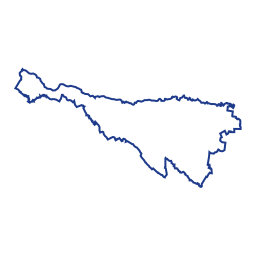 outline of Omealca, Veracruz, Mexico
{"feature_id": "50627088B94853796766823", "entity_name": "Omealca", "entity_type": "district", "adm_level": 2, "iso_a3": "MEX", "parent_name": "Mexico", "parent_adm1": "Veracruz", "projection": "natural_earth1", "projection_center": [-96.739, 18.709], "detail": "fine", "context": "isolated", "style": "outline", "palette": "blue", "viewbox_px": 256, "rotation_deg": 0, "n_neighbors": 0, "source": "geoboundaries", "source_scale": "gbopen_adm2", "svg_char_len": 5754}
<svg xmlns="http://www.w3.org/2000/svg" viewBox="0 0 256 256"><path d="M201.0,186.9L201.8,186.4L201.7,184.1L206.1,176.8L206.4,177.1L207.0,177.1L208.3,174.6L209.7,172.7L210.7,173.2L211.8,173.3L211.5,169.6L211.2,168.6L210.9,168.4L210.8,168.9L208.7,167.9L209.8,166.1L208.6,165.5L209.1,164.7L207.7,164.6L209.1,156.3L209.4,152.1L210.7,153.2L213.9,153.6L214.8,152.4L216.1,152.2L217.4,151.4L217.6,150.5L218.3,149.5L219.4,150.2L220.1,150.9L221.5,151.2L222.7,151.2L224.5,150.1L225.4,142.7L222.1,142.2L221.0,141.4L220.1,140.3L220.7,137.8L221.8,137.2L220.2,133.5L224.8,130.8L226.5,134.5L228.0,133.6L228.9,131.3L229.8,131.3L229.8,131.7L230.9,131.7L230.8,132.1L234.3,132.1L234.2,128.9L240.6,129.0L240.6,126.9L240.1,126.5L239.9,124.5L240.3,124.4L240.3,120.5L240.0,120.0L238.6,118.8L237.7,119.3L237.1,119.1L237.0,118.5L236.7,118.3L235.8,118.0L235.9,116.9L234.4,116.5L232.7,116.5L232.2,116.1L232.8,111.4L227.4,110.5L227.8,106.6L229.4,106.4L229.5,105.3L233.2,108.0L234.2,105.8L234.2,105.2L233.3,104.6L232.6,105.7L232.1,105.9L230.6,103.9L228.5,103.5L227.4,103.6L227.0,103.0L226.5,102.9L224.1,104.3L223.8,105.2L223.3,105.6L221.5,102.9L221.3,102.9L221.4,105.2L220.9,106.0L220.3,105.9L219.7,104.4L219.2,104.1L218.5,104.2L217.8,105.6L217.1,105.8L216.5,105.0L215.3,104.2L213.0,104.0L211.3,104.1L208.8,103.3L207.6,103.4L207.3,102.2L206.9,102.0L205.1,103.5L204.8,103.5L203.7,102.6L201.4,102.8L200.1,101.0L198.9,100.3L197.7,99.0L197.0,99.8L195.1,100.5L194.1,100.4L192.9,99.5L192.1,100.6L191.1,100.2L190.1,98.2L189.5,97.9L188.7,99.6L188.1,99.8L187.0,98.1L186.4,97.8L185.2,98.0L184.6,97.3L184.1,95.5L183.8,95.5L181.8,97.7L180.3,98.0L179.4,100.3L178.2,99.9L176.7,98.9L177.2,97.5L176.7,96.8L175.3,96.5L173.9,97.1L172.7,96.6L172.0,97.1L171.9,98.1L170.4,98.9L167.0,99.5L165.8,98.9L165.0,98.9L164.9,100.1L163.9,100.9L161.4,100.9L161.1,99.8L159.9,98.9L158.9,99.2L157.9,100.7L156.7,101.0L153.3,100.5L151.9,100.6L149.1,99.7L147.4,100.1L144.5,100.1L143.4,100.9L141.5,101.6L138.1,100.9L136.6,101.9L136.1,102.9L134.8,102.7L134.1,104.3L133.7,104.7L133.0,104.7L131.7,104.0L131.0,103.3L129.4,103.1L128.2,102.4L126.4,102.2L126.3,101.7L126.0,101.7L124.5,102.9L124.0,102.6L123.7,101.8L123.3,101.7L122.3,102.6L121.4,100.5L120.3,99.6L118.5,99.6L117.4,99.9L116.0,99.8L114.0,99.2L111.9,99.1L107.7,97.8L106.2,97.6L105.2,97.2L104.4,96.4L103.4,96.1L100.2,96.5L99.4,97.1L97.9,96.2L96.8,96.5L95.0,96.9L94.9,97.8L92.8,95.8L90.3,96.3L88.2,94.2L85.7,94.0L84.7,93.8L82.8,92.7L82.5,92.9L81.6,92.2L81.6,91.2L81.1,89.7L80.2,89.5L78.7,88.5L76.8,87.9L76.1,87.2L70.5,85.8L68.6,86.4L66.4,86.1L63.0,84.2L61.2,84.2L60.2,84.4L59.5,85.3L58.9,86.8L57.7,88.6L55.2,90.3L52.9,90.5L50.6,89.0L47.2,88.7L46.1,87.6L44.7,87.1L43.9,84.9L44.0,84.3L42.8,83.6L40.7,80.9L40.1,78.8L38.4,77.7L36.9,77.4L36.8,76.5L36.3,75.5L35.7,74.8L34.1,73.9L33.1,73.5L31.4,73.8L29.2,73.4L25.9,70.6L24.8,70.2L23.4,70.2L22.5,69.1L21.9,69.8L22.0,70.6L21.8,71.2L20.8,71.7L19.7,73.0L20.0,75.6L21.1,76.3L21.4,77.3L21.0,78.9L21.2,79.5L20.6,80.3L20.0,80.6L15.4,88.3L18.3,89.6L19.4,91.1L20.4,91.7L19.9,92.1L22.9,94.4L24.0,95.6L24.3,95.8L24.4,94.8L24.8,94.9L24.8,95.2L25.0,95.4L25.5,95.3L26.3,95.8L26.5,95.5L26.8,95.7L26.9,96.1L26.0,96.2L26.9,96.9L27.1,96.4L28.1,96.2L27.9,97.4L28.6,97.4L29.0,98.6L28.7,98.7L28.6,99.2L28.9,99.4L28.5,99.8L29.2,101.1L28.5,101.1L28.0,101.6L29.8,102.7L32.0,101.2L32.3,100.8L32.9,101.5L33.4,100.8L33.2,100.4L33.7,100.8L33.6,100.3L33.8,100.4L34.2,99.9L35.1,100.5L34.9,100.2L36.8,97.8L37.0,98.2L37.9,98.0L38.8,97.4L39.0,97.7L39.6,97.4L40.1,97.6L40.5,97.1L40.3,96.0L40.8,96.5L41.0,96.1L41.3,96.3L41.8,96.1L42.3,95.3L43.0,94.9L43.6,94.9L43.4,95.8L43.7,96.0L43.8,95.6L44.8,95.7L44.9,95.2L45.7,95.5L46.0,96.2L46.2,95.5L46.4,95.5L46.4,96.7L46.9,96.6L50.1,99.1L51.9,99.4L52.4,99.1L54.0,99.1L56.1,99.6L59.4,101.4L60.4,99.4L60.9,98.9L62.0,94.8L62.7,94.8L64.1,96.7L65.9,97.3L66.4,98.1L66.8,99.5L67.5,100.1L68.3,100.4L69.6,100.0L71.3,100.7L73.0,102.3L74.2,100.9L75.0,104.7L76.7,107.0L82.5,104.8L81.9,105.3L82.7,105.9L83.2,105.7L83.5,106.2L84.1,106.4L83.8,106.6L83.9,107.3L83.6,107.4L83.4,108.2L85.5,112.5L86.3,113.5L86.3,115.3L87.8,115.1L88.1,115.3L88.5,116.5L89.2,116.1L89.4,116.9L88.8,117.2L89.2,118.2L89.7,118.0L90.7,119.1L90.9,119.0L91.1,119.9L91.9,120.5L92.0,121.2L92.5,120.9L93.0,122.4L93.6,123.0L93.7,123.6L94.1,123.4L94.3,123.7L94.7,124.7L95.8,123.9L94.7,122.4L95.2,121.6L97.8,124.5L98.8,125.6L99.5,127.1L99.5,130.4L100.1,132.5L102.5,131.7L103.3,132.1L103.8,134.3L105.1,136.1L106.6,137.4L107.8,139.5L112.8,137.0L114.5,137.4L115.5,140.0L116.4,139.4L116.4,139.9L119.4,138.1L121.7,141.2L122.7,140.8L122.6,139.5L123.6,138.8L124.3,138.9L124.8,139.1L126.1,140.6L125.8,141.8L127.4,141.2L132.2,144.1L133.1,144.2L134.2,145.9L135.8,147.2L136.8,147.4L137.0,147.8L138.5,149.3L138.6,149.7L139.4,150.5L140.3,152.4L141.1,153.1L141.4,153.8L140.6,155.8L141.6,157.4L144.1,160.3L145.5,162.6L145.9,162.6L147.0,164.2L149.0,166.0L149.3,166.8L150.5,167.7L152.0,169.3L153.1,168.4L157.9,172.9L158.1,172.6L161.2,174.9L162.2,175.0L163.6,176.9L164.8,177.4L165.0,176.7L166.4,175.2L166.8,174.3L165.8,168.6L164.9,167.9L165.5,166.9L165.2,166.5L165.4,166.1L165.4,158.3L165.6,158.0L166.0,158.6L167.2,158.9L167.5,159.4L169.0,160.6L170.1,161.0L171.1,160.9L171.1,161.4L171.6,162.0L171.6,163.2L172.4,163.6L172.9,164.3L174.2,164.5L173.9,164.9L174.3,165.2L174.1,165.5L174.3,165.9L173.9,166.2L174.5,166.6L174.7,167.9L175.1,168.5L176.8,168.2L177.2,168.9L178.0,169.5L178.6,170.9L179.5,171.2L179.9,172.1L180.3,171.9L181.0,172.7L181.5,172.7L183.2,171.8L183.7,172.1L185.3,173.6L185.3,174.1L185.1,174.3L185.5,174.8L187.8,176.3L187.8,176.9L189.7,179.5L189.6,180.4L190.2,180.5L190.9,180.0L192.4,181.2L193.4,182.5L195.1,183.0L196.4,183.8L197.1,183.9L197.5,183.2L198.9,184.1L198.7,184.9L198.9,185.6L200.0,185.9L200.2,186.7L201.0,186.9Z" fill="none" stroke="#1e3a8a" stroke-width="2"/></svg>